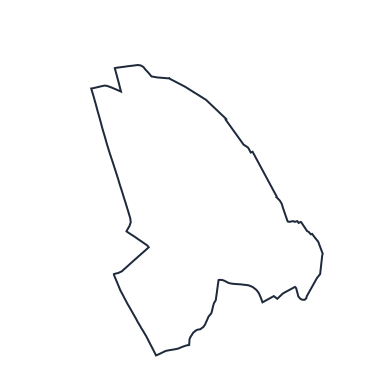 Shu'ub, Amanat Al Asimah, Yemen (Natural Earth projection), rotated 340°
{"feature_id": "15242507B29065009809939", "entity_name": "Shu'ub", "entity_type": "district", "adm_level": 2, "iso_a3": "YEM", "parent_name": "Yemen", "parent_adm1": "Amanat Al Asimah", "projection": "natural_earth1", "projection_center": [44.222, 15.387], "detail": "fine", "context": "isolated", "style": "outline", "palette": "slate", "viewbox_px": 384, "rotation_deg": 340, "n_neighbors": 0, "source": "geoboundaries", "source_scale": "gbopen_adm2", "svg_char_len": 3897}
<svg xmlns="http://www.w3.org/2000/svg" viewBox="0 0 384 384"><g transform="rotate(340 192 192)"><path d="M135.5,334.4L136.0,334.7L137.0,334.8L137.2,334.2L137.8,333.0L139.1,330.0L139.3,329.5L140.6,328.2L140.7,327.9L142.6,326.5L142.9,326.3L143.5,325.8L144.9,324.7L145.3,324.5L145.7,324.4L146.5,324.2L147.0,323.9L149.0,323.3L149.5,323.3L149.9,323.3L151.9,323.6L153.1,323.8L153.8,323.5L154.2,323.4L155.8,322.9L156.4,322.8L158.1,321.6L159.1,320.9L159.5,320.4L159.8,320.1L160.0,319.8L161.2,318.6L161.6,318.3L164.4,315.3L164.6,315.0L165.3,314.5L167.7,313.2L168.1,313.0L168.6,312.5L169.5,311.5L169.9,310.9L170.8,309.5L171.0,309.2L171.6,308.3L172.8,306.5L173.3,305.7L173.8,305.1L174.1,304.7L174.6,304.1L175.0,303.6L175.6,303.2L177.1,302.0L177.5,301.4L177.9,300.8L178.3,299.9L178.9,298.8L181.0,294.9L181.3,294.3L184.1,289.0L184.3,288.6L184.9,287.4L185.4,286.6L186.7,284.0L186.9,283.8L187.4,283.9L188.4,284.2L189.4,284.6L190.1,285.0L190.7,285.3L192.4,286.8L193.1,287.6L193.4,288.0L194.3,288.9L195.0,289.7L195.9,290.4L196.4,290.7L196.7,290.9L198.0,291.7L200.0,292.7L205.4,295.1L205.7,295.2L213.0,298.9L213.5,299.2L214.5,300.2L214.8,300.4L216.3,301.8L216.5,302.0L217.6,303.7L218.4,305.0L218.9,305.8L219.5,307.3L219.8,308.6L220.3,310.5L220.3,311.2L220.4,313.4L220.5,314.2L220.5,315.2L220.5,319.8L233.3,317.8L235.6,321.5L242.8,318.4L256.3,316.4L257.0,318.0L256.9,319.0L256.2,326.6L257.3,329.4L258.4,330.7L260.8,331.8L261.7,331.5L263.0,331.0L263.9,329.6L264.1,329.3L277.3,317.9L280.1,315.5L284.3,313.0L292.6,296.3L293.7,294.7L293.6,281.9L292.0,277.2L290.5,272.4L289.2,272.4L288.0,269.4L286.8,268.1L284.3,257.8L283.9,257.3L281.6,257.5L281.0,255.4L278.4,255.2L277.0,253.9L273.9,253.5L272.2,252.8L271.8,252.0L272.0,239.2L272.2,235.2L272.3,234.2L272.0,232.2L271.6,230.2L269.9,226.2L269.5,225.6L270.0,225.1L262.7,174.9L260.7,175.0L260.1,170.6L259.9,169.8L259.7,169.1L259.2,168.5L256.6,165.0L256.2,163.4L248.4,135.7L248.3,135.4L248.8,134.9L249.0,134.9L236.7,110.2L221.4,90.6L210.0,78.2L209.5,77.1L208.8,77.2L201.9,74.0L198.8,72.6L193.4,69.5L192.7,67.4L192.1,65.8L191.6,64.5L190.1,61.0L189.1,57.9L188.0,56.6L187.0,55.5L184.7,54.2L183.9,54.0L182.5,53.7L179.9,53.1L173.6,51.6L172.8,51.5L166.2,50.0L163.5,49.4L161.8,49.2L160.5,64.4L159.6,73.3L159.3,73.0L151.8,66.0L151.0,65.4L150.7,65.1L148.3,63.1L147.5,62.7L146.2,62.1L143.5,61.7L136.7,60.9L136.1,60.8L133.4,60.5L132.7,60.3L132.5,63.2L132.1,70.3L131.9,72.3L131.7,75.6L131.5,77.8L131.3,79.9L130.8,85.9L130.8,86.6L130.2,94.2L130.0,96.4L129.5,101.8L129.4,103.2L129.4,103.5L129.3,105.1L128.9,111.7L128.5,116.6L128.5,116.9L128.3,120.2L128.2,122.4L127.9,128.6L127.9,130.7L127.8,132.1L127.8,133.1L127.7,137.0L127.6,139.1L127.6,139.9L127.5,142.3L127.3,147.9L127.0,155.2L126.7,159.9L126.6,162.1L126.6,163.2L126.4,167.8L126.0,175.9L125.9,179.2L125.6,184.5L125.5,187.1L125.2,191.8L125.0,195.6L124.9,196.1L124.6,197.2L124.1,199.5L122.7,201.2L121.7,202.5L119.2,204.6L117.4,206.1L117.0,206.6L118.7,209.0L122.5,214.0L124.3,216.5L124.8,217.3L126.6,219.8L127.3,220.7L129.6,224.0L130.4,225.1L131.3,226.3L132.1,227.9L132.4,229.2L131.6,229.5L124.8,232.2L119.4,234.3L116.5,235.5L115.9,235.7L113.4,236.7L110.6,237.8L110.1,238.0L106.7,239.4L101.2,241.6L99.1,242.5L98.3,242.6L97.9,242.6L95.8,242.8L94.7,242.9L93.6,242.7L91.8,242.5L90.5,242.5L90.4,243.4L90.3,244.1L90.6,249.8L90.7,250.9L90.7,251.8L90.9,256.8L91.0,259.0L91.1,259.4L91.0,260.0L91.4,262.1L91.4,262.5L91.9,265.7L92.0,266.8L93.0,274.1L93.1,274.9L94.1,280.4L94.2,281.0L95.0,285.8L95.4,288.1L95.7,290.0L96.0,291.5L96.6,296.0L97.0,297.9L97.1,298.3L97.5,300.3L97.8,302.6L98.6,306.2L99.4,310.6L99.6,311.4L99.9,313.5L100.2,316.2L100.3,316.9L100.9,321.9L101.2,323.9L102.1,331.3L102.3,333.3L105.0,333.1L105.4,333.1L109.4,332.7L112.2,332.4L113.5,332.4L114.0,332.5L115.9,332.8L117.8,333.1L119.2,333.4L120.6,333.7L121.3,333.8L125.2,334.4L129.8,334.2L131.3,334.2L134.2,334.3L135.5,334.4Z" fill="none" stroke="#1e293b" stroke-width="2"/></g></svg>